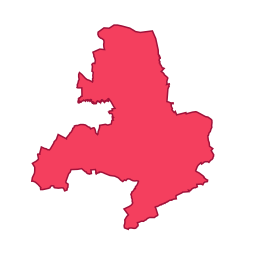 the district of Kudan, Kaduna, Nigeria, rotated 99°
{"feature_id": "59680162B63511927639310", "entity_name": "Kudan", "entity_type": "district", "adm_level": 2, "iso_a3": "NGA", "parent_name": "Nigeria", "parent_adm1": "Kaduna", "projection": "orthographic", "projection_center": [7.758, 11.266], "detail": "fine", "context": "isolated", "style": "filled", "palette": "rose", "viewbox_px": 256, "rotation_deg": 99, "n_neighbors": 0, "source": "geoboundaries", "source_scale": "gbopen_adm2", "svg_char_len": 5948}
<svg xmlns="http://www.w3.org/2000/svg" viewBox="0 0 256 256"><g transform="rotate(99 128 128)"><path d="M32.9,167.4L38.0,172.5L40.1,172.4L42.1,171.3L43.5,169.2L43.7,167.9L44.8,165.8L46.8,165.1L49.3,165.1L51.8,164.5L54.2,163.4L54.5,168.2L58.6,174.5L61.3,173.1L62.4,173.0L64.3,171.7L66.5,170.8L69.5,170.9L69.4,172.5L70.8,173.6L73.0,172.7L77.5,172.5L77.5,172.1L78.7,171.0L81.5,171.0L84.2,170.3L84.6,170.7L86.6,170.4L86.8,170.1L88.1,170.3L86.9,174.0L86.6,176.0L85.4,178.1L82.4,181.9L80.8,184.6L82.7,185.1L85.3,184.7L87.7,183.8L88.9,184.3L92.1,184.5L92.7,184.8L93.6,184.9L94.4,184.4L96.0,184.7L96.2,183.8L95.6,179.9L103.8,178.4L104.2,179.5L105.4,179.8L105.8,180.9L106.4,180.8L106.9,181.5L108.1,181.0L108.3,181.4L110.1,181.5L110.7,181.1L110.5,180.7L110.9,180.3L110.4,179.7L110.2,180.2L109.9,180.1L109.6,179.7L110.0,179.4L109.9,178.7L109.3,179.1L109.5,178.5L108.2,177.1L108.2,176.7L107.5,176.3L107.8,175.9L107.8,174.6L108.2,174.1L107.6,173.8L107.5,174.4L107.1,174.4L106.4,172.4L106.7,172.3L107.1,172.8L106.8,171.8L107.0,171.7L107.4,172.1L107.7,171.9L107.2,171.4L106.9,171.5L106.4,171.1L106.5,170.5L106.9,170.9L107.2,170.3L105.8,169.6L105.7,169.0L105.8,168.6L106.2,168.6L107.2,169.0L106.9,168.4L107.6,167.9L107.7,166.9L108.2,167.3L108.2,166.4L108.5,166.6L108.4,166.9L109.1,166.9L109.0,166.0L109.4,165.8L109.2,165.1L109.3,164.5L108.6,164.5L108.7,163.1L107.3,163.2L106.1,162.5L106.3,162.1L106.2,161.6L106.7,161.6L106.5,160.5L107.1,160.0L106.9,159.4L107.2,159.1L106.7,159.1L106.5,159.7L106.1,159.7L106.1,159.0L105.7,159.2L105.0,158.7L105.7,158.2L105.4,157.7L105.1,158.1L104.8,158.0L104.4,158.5L104.2,158.4L104.1,158.0L104.5,157.3L105.1,157.5L105.1,157.0L105.6,156.3L105.7,155.3L106.1,155.7L106.5,155.2L105.6,154.7L105.2,155.1L105.2,154.7L104.6,154.5L104.6,153.8L103.8,153.5L103.8,153.1L104.7,153.0L104.6,152.5L104.4,152.9L104.1,152.7L104.5,151.9L103.9,152.0L104.2,151.7L103.6,151.3L103.6,151.8L103.0,151.3L102.6,151.8L102.3,151.6L102.1,151.9L102.0,151.7L104.9,148.7L109.0,145.5L110.6,143.9L111.7,146.8L113.3,146.0L114.1,148.7L114.3,149.1L115.2,149.1L115.3,149.5L116.6,148.4L116.2,146.8L116.6,145.9L117.7,145.2L118.8,145.3L118.7,145.0L119.4,144.7L119.7,144.1L120.1,144.7L120.5,144.5L120.7,145.0L121.6,144.2L122.3,144.6L122.6,144.1L123.1,145.1L126.6,145.1L128.0,147.7L128.3,148.7L127.9,150.6L128.1,151.4L129.8,156.4L130.8,156.2L132.6,156.2L136.3,156.9L138.8,156.8L139.3,157.1L137.8,159.2L136.6,159.5L134.3,160.5L133.1,161.6L133.3,162.4L134.7,164.9L133.3,165.9L133.2,167.3L131.7,170.4L131.6,172.7L132.0,175.5L133.5,178.4L133.6,179.6L134.4,181.3L136.0,181.4L137.0,182.5L138.3,182.5L141.1,183.6L142.0,184.5L143.3,184.9L147.3,187.2L148.3,187.1L145.3,196.0L150.6,197.0L153.1,198.8L154.7,199.0L160.5,201.3L161.9,202.1L162.0,204.0L161.3,205.6L161.3,207.1L160.3,210.6L166.8,211.2L167.6,211.0L167.8,212.9L168.3,213.1L172.0,211.7L173.0,211.7L175.1,213.4L177.9,216.9L181.3,214.0L185.1,213.4L187.3,213.3L192.0,214.7L195.6,214.7L195.4,213.4L196.0,211.0L197.9,207.9L200.5,204.8L201.1,205.0L202.5,204.6L202.1,202.4L200.0,197.0L199.1,195.6L197.9,195.5L196.9,194.3L196.9,192.4L197.1,192.1L198.3,191.7L198.5,190.9L198.3,187.3L197.4,184.0L197.4,182.7L198.2,181.8L200.0,180.8L199.9,180.4L198.7,178.5L197.2,178.7L196.0,178.1L192.8,178.4L191.7,180.7L190.7,181.0L183.1,179.6L182.2,179.3L180.6,178.2L178.0,177.8L176.7,171.4L175.4,167.4L177.9,163.3L178.0,162.3L178.8,161.9L179.4,160.6L179.3,159.4L179.6,159.1L178.7,157.0L175.2,158.1L174.1,153.7L176.9,152.6L177.3,152.9L178.4,152.2L177.4,151.3L176.5,149.4L176.0,149.5L175.7,147.6L176.0,145.4L176.4,144.3L177.7,138.5L177.6,133.6L178.7,129.7L180.8,126.8L181.7,124.8L179.9,123.4L180.2,121.8L178.7,120.9L178.2,120.0L178.2,117.9L178.7,117.0L179.3,114.8L179.2,112.8L178.7,111.3L178.8,109.6L179.1,109.3L182.5,110.0L185.4,111.6L186.2,111.2L186.9,111.4L187.0,112.1L189.1,112.8L190.8,114.3L191.6,114.1L193.0,114.8L194.9,113.8L196.3,113.6L197.6,112.7L200.2,112.3L200.6,111.8L201.8,111.7L203.6,112.6L205.4,114.6L208.6,119.3L213.8,114.0L215.7,115.4L219.2,116.8L221.4,116.3L223.9,116.3L224.5,116.6L226.1,116.3L227.2,115.8L228.0,111.9L227.2,111.9L226.5,110.5L226.2,109.1L226.2,106.2L225.9,105.1L224.9,103.9L223.9,103.7L223.1,102.8L222.0,102.9L220.0,103.9L219.7,102.9L218.0,100.3L217.7,98.0L216.5,96.9L216.0,95.9L214.3,94.7L213.0,92.7L212.3,87.9L210.9,86.7L210.0,85.4L209.2,84.9L202.7,88.1L201.9,88.8L201.2,88.0L200.9,86.6L198.6,83.8L198.8,83.5L198.7,83.2L198.2,82.9L198.3,82.7L197.6,82.1L197.4,81.2L196.5,80.4L196.6,79.7L196.1,79.6L194.9,77.8L194.6,77.7L194.7,77.4L193.0,75.7L192.5,74.3L192.5,73.8L192.1,73.6L192.2,73.2L191.2,72.1L190.4,69.2L188.8,69.8L187.2,69.9L183.6,64.6L182.8,64.0L181.3,57.8L180.0,58.5L180.2,56.7L178.0,55.2L177.3,54.3L176.6,53.3L176.5,52.2L175.2,50.3L172.9,51.3L171.9,46.9L172.4,45.2L170.3,44.5L169.4,43.7L168.5,41.2L167.0,41.2L166.6,42.6L165.2,45.2L164.7,45.0L163.6,46.3L161.2,50.9L160.4,53.4L159.7,54.5L155.1,53.5L153.5,52.7L150.8,50.5L152.1,49.7L151.2,48.6L150.0,47.7L149.2,46.4L148.8,43.8L149.3,42.7L147.0,41.4L145.9,40.1L144.5,39.4L143.7,39.5L142.7,39.1L141.0,39.2L137.3,42.3L135.1,41.0L133.3,44.6L129.9,45.5L127.7,46.7L124.3,47.7L123.1,47.9L122.7,47.4L120.3,47.2L118.6,46.2L116.2,45.9L114.3,45.3L112.5,45.8L109.6,45.9L107.2,46.4L106.3,47.5L104.7,50.8L104.7,53.1L101.6,62.0L101.3,63.5L102.2,66.7L104.9,72.7L103.7,73.2L107.4,82.0L104.2,83.9L105.5,84.8L103.1,87.5L101.8,87.2L100.1,88.5L97.5,89.2L97.1,88.5L96.9,87.2L96.1,87.4L96.5,89.1L96.4,90.5L96.0,91.7L95.8,93.7L83.2,94.7L80.8,94.2L80.6,93.9L78.9,94.4L78.3,94.0L77.9,94.2L79.0,96.7L77.7,96.5L75.8,97.0L72.5,96.5L72.0,96.8L69.7,100.5L69.0,100.8L67.9,102.1L67.0,104.0L63.5,101.6L63.2,102.7L63.2,103.6L60.7,105.4L60.5,106.0L58.6,106.7L58.6,107.1L58.3,107.0L57.5,107.2L57.3,107.0L56.3,107.9L55.3,107.9L54.5,107.7L54.2,107.1L53.7,107.1L52.4,107.9L52.8,108.2L52.1,108.6L51.3,108.5L50.8,109.5L46.2,110.4L35.4,114.6L28.3,119.1L31.7,130.8L31.6,135.6L29.1,141.8L28.2,150.2L28.0,154.4L28.5,157.9L32.4,162.2L32.9,167.4Z" fill="#f43f5e" stroke="#9f1239" stroke-width="1.5"/></g></svg>